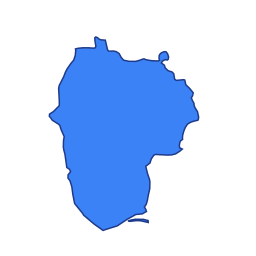 Lithuania, Mercator projection, rotated 254°
{"feature_id": "LTU", "entity_name": "Lithuania", "entity_type": "country or territory", "adm_level": 0, "iso_a3": "LTU", "parent_name": "Europe", "parent_adm1": "", "projection": "mercator", "projection_center": [24.055, 55.152], "detail": "fine", "context": "isolated", "style": "filled", "palette": "blue", "viewbox_px": 256, "rotation_deg": 254, "n_neighbors": 0, "source": "natural_earth", "source_scale": "50m", "svg_char_len": 1940}
<svg xmlns="http://www.w3.org/2000/svg" viewBox="0 0 256 256"><g transform="rotate(254 128 128)"><path d="M92.8,174.4L91.5,171.6L90.0,166.7L90.1,162.7L91.0,158.8L95.0,147.1L94.7,145.2L91.9,141.9L88.3,139.5L86.3,134.5L79.0,134.2L72.2,134.5L70.1,134.2L63.5,132.1L57.3,128.7L53.1,126.7L49.5,124.4L47.6,122.0L44.6,122.7L42.6,122.7L42.6,122.3L41.5,118.1L42.7,111.7L40.5,102.2L36.9,90.8L36.6,78.6L36.4,75.8L45.2,68.8L56.3,61.4L58.8,60.7L69.1,56.3L70.5,55.9L79.7,56.7L86.9,57.8L93.1,57.7L96.4,56.5L99.5,57.5L101.9,60.8L104.4,60.4L106.9,58.3L120.6,60.2L123.7,60.2L127.2,60.5L133.6,62.5L137.3,64.3L145.4,63.2L148.9,63.2L150.7,62.4L156.3,57.4L158.7,56.6L160.9,55.6L163.0,56.4L164.3,60.7L168.4,68.1L172.9,69.4L185.4,72.3L187.9,73.7L194.9,80.2L199.1,83.4L201.8,86.0L205.8,90.9L208.2,94.5L212.1,97.2L216.8,99.1L218.5,99.3L218.4,101.9L217.6,106.4L216.0,112.1L214.4,116.5L214.0,118.2L215.2,119.6L221.3,120.3L223.9,121.0L224.4,122.2L223.1,123.7L221.1,125.0L220.3,126.1L218.7,130.4L208.5,129.9L207.2,130.7L206.6,132.7L206.1,135.0L204.7,137.7L202.0,140.0L197.8,140.9L194.4,142.5L191.8,147.4L189.9,153.9L189.9,158.6L190.2,161.2L189.9,162.7L188.6,164.3L186.5,168.5L184.8,173.2L184.1,175.8L184.4,177.0L186.4,177.0L189.2,178.0L190.7,179.8L191.3,182.0L191.3,184.3L190.7,185.6L188.5,186.5L185.0,186.6L182.9,185.5L182.5,184.6L183.5,182.3L182.7,179.5L181.3,178.0L178.3,180.3L175.5,180.3L172.0,182.4L169.8,185.7L167.7,186.9L161.9,186.3L160.4,187.7L159.2,194.5L158.5,195.8L153.7,195.5L149.0,198.2L143.8,200.4L141.1,198.9L139.6,197.2L136.7,197.5L133.6,198.2L131.5,197.8L129.1,198.0L124.6,199.3L118.9,198.9L116.4,197.7L116.2,196.7L116.4,194.1L116.3,190.0L115.4,186.4L112.7,183.2L109.8,180.9L106.1,178.6L103.4,177.6L101.9,177.3L101.6,176.0L101.0,174.9L99.7,173.8L97.0,172.5L94.7,172.2L92.8,174.4ZM33.5,121.8L31.6,121.4L35.3,114.7L36.7,110.4L37.7,104.2L38.6,102.3L38.7,105.1L38.3,109.8L35.9,117.7L33.5,121.8Z" fill="#3b82f6" stroke="#1e3a8a" stroke-width="1.5"/></g></svg>